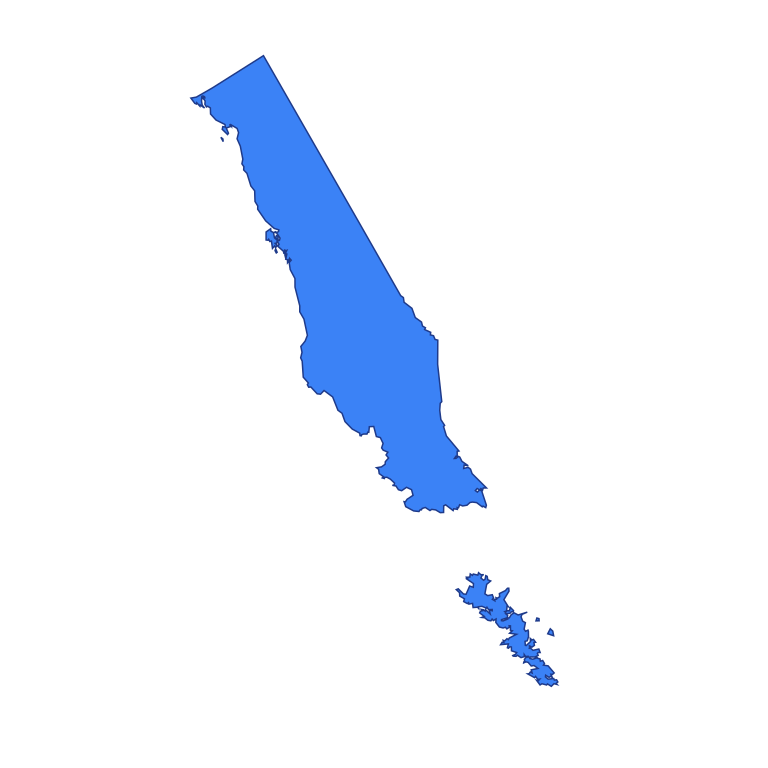 the district of Ushuaia, Tierra del Fuego, Argentina, rotated 62°
{"feature_id": "61730980B87507155551581", "entity_name": "Ushuaia", "entity_type": "district", "adm_level": 2, "iso_a3": "ARG", "parent_name": "Argentina", "parent_adm1": "Tierra del Fuego", "projection": "albers", "projection_center": [-65.54, -54.787], "detail": "fine", "context": "isolated", "style": "filled", "palette": "blue", "viewbox_px": 768, "rotation_deg": 62, "n_neighbors": 0, "source": "geoboundaries", "source_scale": "gbopen_adm2", "svg_char_len": 6133}
<svg xmlns="http://www.w3.org/2000/svg" viewBox="0 0 768 768"><g transform="rotate(62 384 384)"><path d="M37.5,336.3L42.0,396.7L42.6,415.0L40.9,420.3L47.4,419.3L48.7,418.2L47.7,417.3L52.4,416.1L51.4,415.3L56.1,412.9L52.4,413.6L48.3,412.2L45.1,410.2L46.5,409.9L44.7,408.6L46.1,407.6L47.2,407.8L46.4,409.4L50.2,409.1L52.9,410.8L56.0,410.7L56.0,409.3L58.7,407.7L64.2,410.4L72.1,408.4L80.2,402.6L82.7,403.4L81.1,405.5L83.2,407.3L90.3,405.0L89.6,403.6L83.9,403.1L84.6,399.0L82.2,398.0L85.0,397.7L83.8,397.1L89.4,393.7L93.8,394.4L98.5,398.6L106.5,399.2L119.2,403.1L122.9,406.1L126.3,405.7L129.1,407.4L133.7,406.1L146.7,408.6L152.7,407.5L162.3,412.2L167.6,411.9L170.4,413.5L184.4,411.9L195.1,407.9L198.5,404.5L199.8,405.5L200.1,407.8L198.7,408.1L198.5,409.8L200.1,407.9L206.4,407.3L208.1,408.9L207.3,410.5L207.9,411.2L211.4,411.1L212.5,413.1L219.6,410.5L222.2,411.2L218.5,408.5L222.0,409.2L220.3,408.2L220.4,407.1L223.4,410.9L225.8,411.5L223.1,408.3L227.7,412.2L229.9,409.9L228.7,408.4L231.1,407.8L232.1,410.3L229.5,409.2L230.2,410.1L229.8,411.3L231.6,412.2L230.6,410.1L239.0,413.1L249.1,413.1L256.7,417.1L275.5,421.7L280.7,424.5L289.1,424.2L305.1,428.8L309.1,433.5L311.8,439.8L317.5,441.5L321.8,445.3L325.4,445.5L340.1,452.1L347.6,450.3L348.6,452.0L351.5,452.0L352.3,450.0L361.3,447.6L363.2,444.8L361.6,440.0L371.3,435.4L385.6,437.0L390.1,434.8L398.9,436.1L408.9,433.2L416.0,428.5L418.3,429.4L419.1,428.4L418.3,427.5L418.6,425.5L420.2,422.5L418.9,420.9L419.5,420.1L414.8,417.0L416.7,413.0L426.8,415.4L429.6,412.4L436.0,412.7L439.3,416.1L442.0,415.8L446.0,412.6L447.6,415.5L451.5,414.7L453.2,419.3L455.4,420.7L456.0,425.1L454.4,429.9L456.8,428.8L460.9,430.3L465.6,428.0L466.1,429.6L467.6,428.1L466.8,427.3L467.7,425.2L470.9,423.1L476.4,421.2L477.9,422.4L477.4,424.2L479.7,421.3L484.1,420.9L486.5,418.5L485.8,412.6L490.2,409.3L495.9,410.6L496.6,417.7L498.1,420.5L497.3,421.5L502.5,422.4L510.0,417.4L513.0,413.0L512.0,410.9L512.7,410.0L511.8,408.8L512.4,405.5L517.3,402.8L517.1,400.7L519.4,397.5L524.0,394.7L525.4,391.7L519.6,388.5L519.6,386.3L528.2,382.4L526.9,381.0L529.1,378.1L527.4,377.4L528.3,376.4L526.1,373.9L528.6,371.8L530.0,367.6L529.0,363.7L529.8,361.3L532.2,357.9L538.6,354.9L538.3,353.9L540.9,352.2L539.1,350.5L524.0,347.9L522.5,349.7L523.3,352.3L521.0,353.4L520.0,350.8L522.4,349.3L521.8,347.5L524.0,346.8L522.4,345.2L523.9,342.3L504.5,348.3L499.8,347.6L497.1,348.8L496.0,353.3L493.2,351.3L495.7,348.0L488.9,351.5L484.1,351.4L482.9,352.2L483.5,355.3L482.8,356.8L481.5,354.3L482.4,353.4L477.8,351.0L478.3,349.3L459.2,353.3L449.5,351.4L449.0,349.9L442.1,350.5L433.3,347.1L427.4,343.4L426.7,341.3L391.8,327.4L370.5,315.9L368.6,318.0L364.6,317.6L362.4,320.0L360.3,318.5L355.0,322.6L353.8,321.0L350.9,322.8L346.9,321.8L340.0,325.2L330.3,323.8L321.3,327.9L316.8,326.3L313.8,327.8L234.3,330.1L37.5,336.3ZM653.9,372.3L652.2,370.3L652.7,364.6L650.9,374.0L647.1,376.6L647.4,380.0L649.3,383.1L648.6,384.8L649.6,385.0L649.1,390.1L648.1,391.4L647.2,390.9L648.3,384.9L646.4,383.5L644.2,384.3L645.6,380.4L644.9,378.6L645.7,376.7L644.9,376.0L640.5,377.3L643.1,379.8L641.8,382.1L642.8,383.8L641.7,384.3L641.9,382.3L637.9,379.6L639.0,378.8L630.7,379.4L625.6,370.9L622.9,369.7L622.3,370.9L623.4,373.8L623.2,380.5L626.1,381.7L626.3,384.6L625.3,385.4L626.8,385.7L626.1,387.4L627.5,387.9L625.0,389.4L624.3,387.7L620.9,387.3L619.5,391.8L616.6,393.4L609.1,387.4L608.0,382.3L605.5,384.3L602.3,383.2L601.0,384.1L603.8,386.4L604.0,388.2L600.8,389.5L598.9,387.0L599.2,385.4L597.8,388.0L595.0,389.1L596.8,390.9L593.7,394.4L594.5,395.8L592.2,397.0L594.8,398.9L593.9,400.6L594.8,401.2L593.3,402.0L594.6,402.7L602.2,398.7L605.4,400.6L602.6,403.2L608.2,410.3L606.7,412.4L599.7,414.6L599.5,416.7L603.7,415.3L606.8,416.7L611.4,413.8L613.5,415.8L617.0,413.5L616.7,412.0L618.2,412.4L619.3,408.8L623.2,410.3L625.0,406.2L626.6,405.8L625.0,405.2L626.3,401.9L630.1,398.7L629.5,397.9L632.3,397.6L633.9,394.3L635.0,394.9L633.0,397.2L636.9,398.2L630.9,400.3L632.0,401.3L630.0,402.2L628.7,403.9L630.4,403.5L629.9,405.5L631.0,407.0L636.2,404.6L636.0,407.3L637.6,404.9L641.4,403.2L643.3,400.8L642.3,398.9L644.2,398.5L644.1,395.4L647.0,397.2L652.8,396.2L655.3,393.4L655.8,391.0L657.9,390.5L657.6,387.4L656.2,387.0L656.9,385.9L660.9,388.0L662.1,386.6L663.0,390.1L667.2,384.5L667.1,392.6L668.1,394.2L666.6,395.0L667.5,397.9L666.3,399.1L668.5,399.5L667.5,400.9L668.9,403.4L671.9,396.2L674.8,398.9L675.7,398.2L675.1,396.2L676.0,395.0L679.4,396.7L683.4,392.9L684.4,394.7L684.2,397.8L684.9,397.7L686.4,395.3L686.2,393.5L689.9,391.5L690.6,388.2L688.7,387.2L691.1,386.9L692.1,384.5L693.0,384.5L692.0,386.7L693.1,389.4L695.7,390.1L695.1,391.1L695.8,391.6L695.9,389.2L697.5,387.4L702.1,386.4L703.0,383.7L707.4,381.6L705.5,388.2L708.7,388.9L707.0,390.0L707.9,391.8L707.4,393.2L714.0,388.9L713.3,387.5L717.1,386.8L717.7,385.0L718.5,387.1L717.2,388.4L723.0,387.5L722.8,385.3L726.1,381.7L725.5,380.5L729.5,378.2L728.4,374.6L730.5,372.3L729.2,372.7L728.7,370.4L726.2,370.5L725.4,372.6L723.7,372.4L721.7,377.6L718.4,379.0L717.0,378.0L720.5,376.0L720.4,374.3L722.0,373.2L718.6,372.9L719.5,371.6L719.0,369.4L709.9,371.4L707.1,375.2L706.1,373.5L702.6,373.7L702.2,376.1L700.0,375.3L697.6,377.8L696.8,381.9L694.8,384.1L693.6,383.1L696.7,377.5L695.9,377.8L696.0,375.3L693.9,375.1L693.4,374.0L694.4,372.2L690.7,371.7L689.1,377.5L685.9,378.7L685.4,380.5L685.4,378.5L682.9,378.8L685.8,376.9L685.4,373.9L682.6,373.0L683.2,371.4L679.7,371.9L679.3,374.4L678.7,373.8L677.4,374.3L680.2,375.6L681.7,381.3L681.1,381.9L677.4,380.3L678.0,378.1L674.9,375.0L670.1,372.6L668.9,372.4L668.8,375.1L666.3,375.4L661.1,371.2L658.5,372.9L653.9,372.3ZM198.4,410.5L195.9,412.1L193.7,411.2L194.4,416.7L201.5,420.5L202.6,418.9L202.1,417.9L204.6,417.9L205.0,416.3L211.9,418.8L210.7,415.6L212.8,415.7L211.1,413.2L208.7,414.1L209.2,412.6L207.0,410.7L203.6,412.1L198.4,410.5ZM685.9,352.4L681.4,351.0L678.2,352.1L681.4,356.7L685.9,352.4ZM203.7,408.3L202.5,409.3L203.8,411.1L207.1,409.9L203.7,408.3ZM663.9,357.3L662.4,358.9L664.5,361.0L665.9,358.2L663.9,357.3ZM94.5,412.2L92.0,411.2L89.6,412.2L94.5,412.2ZM213.8,416.2L215.1,417.6L217.7,417.6L217.5,416.5L213.8,416.2Z" fill="#3b82f6" stroke="#1e3a8a" stroke-width="1.5"/></g></svg>